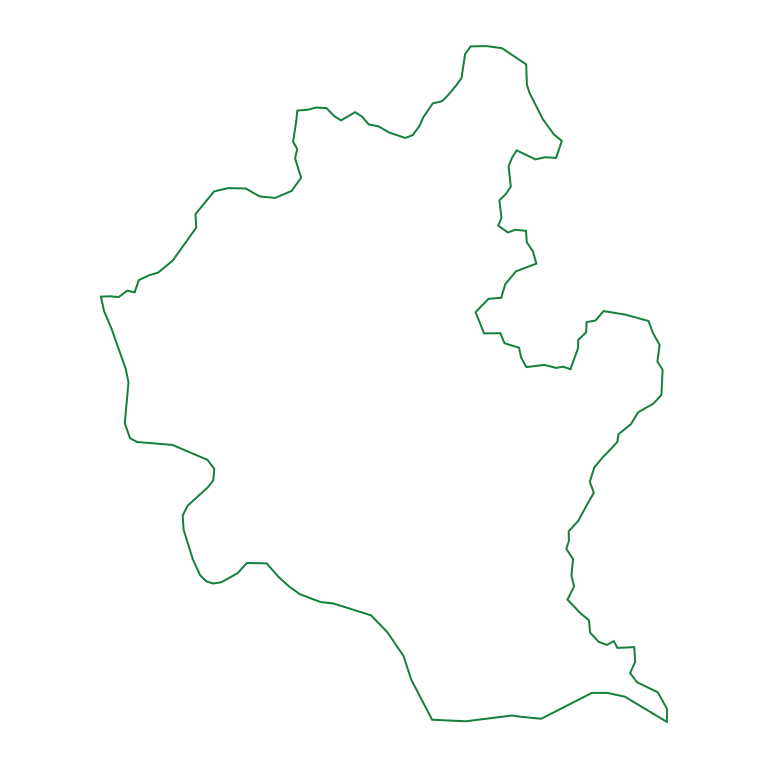 the district of Taquari, Rio Grande do Sul, Brazil
{"feature_id": "56859067B40786512942851", "entity_name": "Taquari", "entity_type": "district", "adm_level": 2, "iso_a3": "BRA", "parent_name": "Brazil", "parent_adm1": "Rio Grande do Sul", "projection": "albers", "projection_center": [-51.816, -29.739], "detail": "fine", "context": "isolated", "style": "outline", "palette": "green", "viewbox_px": 768, "rotation_deg": 0, "n_neighbors": 0, "source": "geoboundaries", "source_scale": "gbopen_adm2", "svg_char_len": 2205}
<svg xmlns="http://www.w3.org/2000/svg" viewBox="0 0 768 768"><path d="M104.0,310.9L111.7,329.2L125.6,368.5L128.5,382.2L124.8,423.2L130.0,438.2L137.1,442.0L172.4,444.9L184.5,450.1L207.5,459.9L214.3,468.9L213.2,480.4L208.0,487.2L187.6,505.7L182.7,515.4L183.6,529.7L192.9,559.5L200.2,575.3L206.2,581.3L213.3,583.5L221.5,582.2L237.7,573.1L246.9,563.0L266.6,563.3L278.6,577.0L289.0,586.4L299.7,594.1L314.1,599.6L320.9,602.1L333.1,603.4L371.2,615.4L387.6,632.5L403.5,656.0L411.3,679.8L432.1,719.7L465.9,721.3L511.8,715.5L520.3,716.7L541.1,718.8L591.8,692.9L607.4,692.9L624.9,696.7L666.8,721.9L667.1,709.1L657.9,692.4L637.1,682.3L630.1,673.1L635.2,661.8L634.2,647.1L617.4,647.9L613.8,641.1L607.0,644.9L598.7,641.9L590.1,632.6L589.0,620.3L580.5,613.3L567.5,599.6L574.1,586.3L571.5,575.8L573.0,559.1L566.3,548.8L568.9,541.0L568.7,531.3L578.4,520.7L585.7,507.0L593.8,492.8L589.8,481.7L594.3,467.5L602.8,457.2L611.4,448.4L617.3,441.9L618.5,434.2L631.0,424.1L638.0,412.4L653.6,403.4L661.4,395.0L662.6,369.8L657.4,361.6L659.6,345.0L652.7,332.5L648.5,321.0L625.2,314.6L603.6,311.1L595.4,320.5L586.6,322.1L586.1,332.4L578.3,339.8L578.0,348.3L573.1,361.9L570.5,369.2L563.1,366.7L556.0,367.9L544.2,364.9L526.4,367.1L521.2,357.7L519.0,347.7L504.5,343.2L500.3,333.2L484.1,333.4L475.6,312.2L488.5,298.8L501.2,297.8L505.3,284.1L516.0,271.3L536.4,263.6L532.8,251.1L526.8,242.3L526.0,230.8L515.0,229.8L507.9,232.5L498.2,225.6L501.5,218.0L499.4,200.3L506.0,193.8L510.8,186.7L508.6,166.2L512.3,157.2L516.7,150.4L535.4,159.4L545.4,157.2L556.1,158.0L561.8,140.9L554.0,134.5L542.8,119.2L529.4,92.6L526.9,84.6L526.2,64.4L502.0,48.2L486.8,46.1L470.7,46.4L465.1,54.1L461.5,78.1L455.8,85.9L448.0,95.2L442.1,101.2L432.8,103.4L423.2,117.4L419.5,125.9L412.8,135.0L405.3,138.0L388.9,132.4L378.6,126.4L368.7,124.4L361.9,116.5L355.2,112.2L341.0,120.4L334.1,116.0L326.5,108.1L315.8,107.6L308.0,109.7L297.3,110.6L296.1,122.1L293.1,141.7L297.2,149.0L295.1,158.5L301.1,177.7L291.7,190.9L275.3,197.9L259.8,196.5L245.7,188.5L228.3,188.1L214.1,191.4L195.5,214.1L196.2,227.7L172.6,260.7L158.0,272.7L148.8,275.4L138.8,280.1L134.6,292.4L127.2,290.6L118.7,297.1L110.6,296.3L100.9,296.6L104.0,310.9Z" fill="none" stroke="#15803d" stroke-width="2"/></svg>